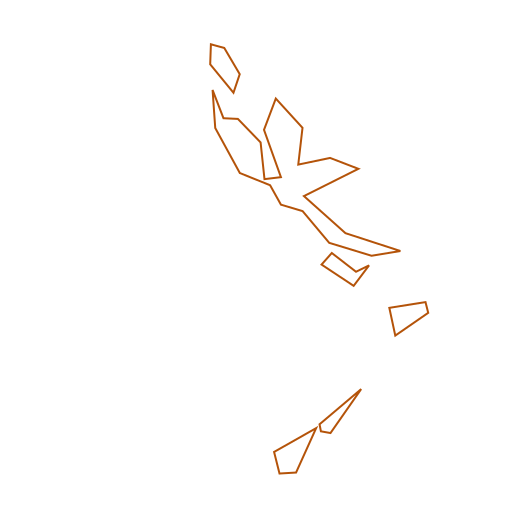 map outline of Maluku Utara (Equal Earth projection), rotated 316°
{"feature_id": "IDN-538", "entity_name": "Maluku Utara", "entity_type": "Province", "adm_level": 1, "iso_a3": "IDN", "parent_name": "Indonesia", "parent_adm1": "", "projection": "equal_earth", "projection_center": [127.364, 0.08], "detail": "coarse", "context": "isolated", "style": "outline", "palette": "amber", "viewbox_px": 512, "rotation_deg": 316, "n_neighbors": 0, "source": "natural_earth", "source_scale": "10m", "svg_char_len": 767}
<svg xmlns="http://www.w3.org/2000/svg" viewBox="0 0 512 512"><g transform="rotate(316 256 256)"><path d="M317.8,297.4L320.7,256.1L309.6,236.4L315.3,214.9L302.0,185.1L315.6,135.6L340.1,106.4L328.3,134.3L338.2,144.8L338.2,177.5L315.5,206.6L328.7,216.6L349.4,170.8L379.6,156.5L378.5,196.1L349.9,219.6L377.4,236.9L390.2,264.4L332.1,246.2L336.2,301.7L363.3,352.7L339.3,336.1L317.8,297.4ZM179.7,421.6L134.4,439.6L121.8,428.8L132.9,409.5L179.7,421.6ZM345.9,406.9L340.4,416.5L300.9,410.0L315.9,385.9L345.9,406.9ZM377.7,84.3L370.6,113.9L353.2,122.9L356.2,86.3L370.6,72.4L377.7,84.3ZM330.8,341.3L305.5,345.3L297.2,307.7L312.6,306.5L317.0,336.8L330.8,341.3ZM239.2,424.8L186.6,435.1L180.9,427.2L184.8,421.2L239.2,424.8Z" fill="none" stroke="#b45309" stroke-width="2"/></g></svg>